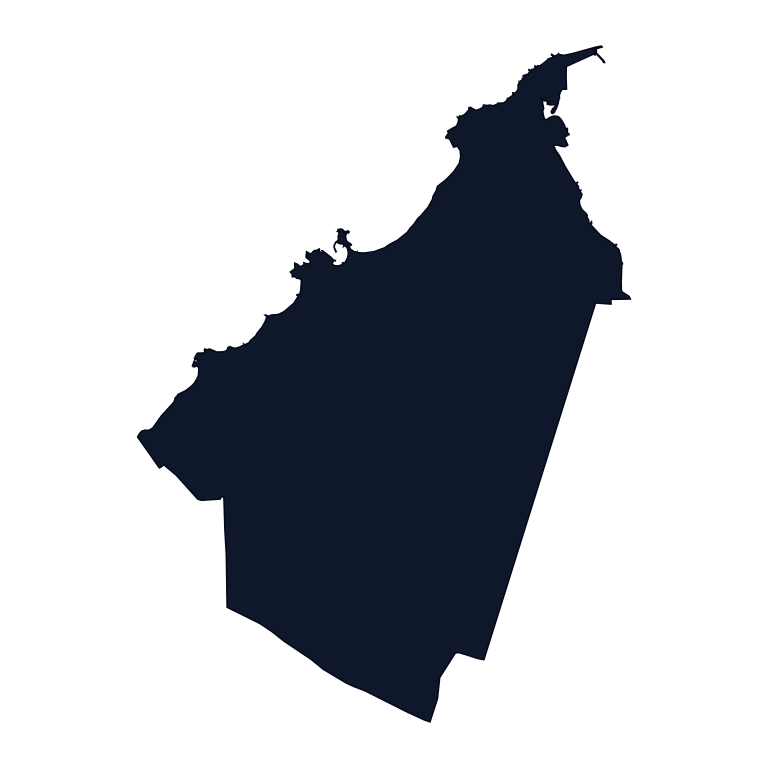 outline of Muntazah, Al Iskandariyah, Egypt
{"feature_id": "37247803B90463856595624", "entity_name": "Muntazah", "entity_type": "district", "adm_level": 2, "iso_a3": "EGY", "parent_name": "Egypt", "parent_adm1": "Al Iskandariyah", "projection": "orthographic", "projection_center": [30.035, 31.264], "detail": "fine", "context": "isolated", "style": "filled", "palette": "ink", "viewbox_px": 768, "rotation_deg": 0, "n_neighbors": 0, "source": "geoboundaries", "source_scale": "gbopen_adm2", "svg_char_len": 6037}
<svg xmlns="http://www.w3.org/2000/svg" viewBox="0 0 768 768"><path d="M227.1,607.3L260.2,623.7L271.5,631.3L284.6,641.6L310.6,659.0L323.4,669.4L346.3,683.1L354.2,686.7L364.5,690.6L408.1,712.5L424.2,719.9L430.0,721.9L437.5,698.6L439.7,677.6L454.9,653.7L456.2,652.7L459.3,652.7L478.5,658.7L483.9,659.7L595.6,303.0L611.1,304.1L610.8,299.4L630.4,299.0L629.1,296.4L622.3,292.0L621.4,290.5L621.2,282.3L621.8,265.2L622.6,263.6L621.2,261.0L620.7,255.7L618.8,249.4L615.4,246.5L616.6,244.5L616.1,244.3L615.2,246.4L614.1,244.6L609.4,241.2L610.0,240.7L609.3,241.0L600.6,235.3L590.0,224.0L591.6,223.6L591.0,222.8L591.7,221.7L592.2,221.8L591.6,221.4L590.7,222.9L591.0,223.3L589.9,223.8L588.9,223.0L588.8,220.3L586.9,216.8L587.3,215.4L586.4,213.8L582.0,209.6L579.8,205.0L579.3,200.4L581.1,197.3L582.0,194.3L579.8,191.1L581.0,190.4L581.4,190.7L580.9,189.7L580.9,190.3L579.6,190.8L578.2,187.7L578.5,186.5L576.2,183.7L577.7,182.6L577.3,182.2L576.0,183.6L573.9,181.0L565.1,166.5L559.6,155.9L555.2,149.5L554.8,148.3L555.5,148.5L554.8,148.2L553.7,146.2L553.8,145.2L557.4,145.1L561.5,146.4L564.9,146.7L567.8,145.1L564.6,137.9L565.5,136.0L566.7,136.1L566.7,135.0L568.9,134.9L568.9,133.7L567.5,133.7L567.4,128.4L565.7,128.6L564.3,124.9L561.8,120.4L559.3,117.4L557.4,116.4L555.0,116.0L552.8,116.3L549.0,117.9L546.6,119.7L544.8,119.3L543.8,117.0L542.7,111.2L543.7,108.7L541.9,98.9L542.1,97.7L542.7,99.9L544.1,100.9L545.3,100.5L548.4,102.8L547.3,103.3L547.2,104.1L550.3,104.9L555.6,104.8L555.5,106.1L552.7,108.7L551.1,112.0L552.1,113.5L553.3,113.3L554.3,112.3L556.7,107.6L558.1,103.6L558.9,99.1L559.5,98.5L559.3,95.4L560.4,92.1L562.1,89.3L566.5,89.2L566.1,75.5L566.3,66.5L593.8,54.0L595.5,55.5L594.9,54.7L594.9,51.3L593.2,49.3L594.6,48.6L595.4,49.9L595.4,52.4L595.9,53.5L603.2,61.2L603.4,62.4L604.6,62.5L604.2,61.2L596.3,52.8L596.5,48.7L602.2,47.0L601.9,46.4L601.0,46.1L595.4,47.2L573.0,53.4L564.1,55.3L559.4,54.6L558.5,53.6L557.6,54.9L554.5,56.0L551.7,54.3L551.5,55.1L552.4,55.3L553.0,56.4L552.4,57.4L547.7,59.2L547.7,59.8L542.1,64.3L539.7,65.9L537.5,65.7L536.8,66.7L535.7,66.6L535.1,65.9L534.7,66.9L535.6,67.4L535.0,67.5L535.4,68.5L534.9,68.9L532.2,69.2L530.9,70.4L528.9,69.6L528.7,70.0L529.3,70.4L530.8,70.7L530.2,72.4L529.0,72.3L529.1,73.0L527.8,74.6L527.0,74.2L526.2,75.1L526.1,74.4L525.7,75.5L524.5,75.5L524.9,75.3L524.5,75.0L523.2,75.9L524.0,76.1L524.3,77.4L523.7,77.7L523.8,78.2L523.0,78.0L523.2,78.7L522.3,79.0L522.5,79.5L519.9,81.6L519.2,81.4L519.4,82.2L518.1,84.8L518.4,85.7L517.9,86.1L518.3,86.7L518.0,89.0L516.8,91.5L514.6,93.1L512.8,92.8L513.1,94.4L512.0,95.9L508.5,98.3L507.3,98.5L507.0,100.3L504.4,102.5L502.3,103.4L501.6,103.1L502.4,102.7L500.7,103.3L498.1,103.0L496.5,104.5L493.2,105.7L489.4,105.0L488.1,105.5L483.6,105.0L482.6,107.4L480.3,108.9L475.9,110.4L470.5,107.4L469.1,108.4L469.2,107.7L468.7,108.0L469.0,109.8L464.6,114.5L461.2,116.3L459.7,115.8L458.4,117.5L457.4,117.0L457.5,117.7L458.6,118.1L458.7,118.7L458.3,121.8L456.9,125.3L455.2,127.1L454.0,127.3L447.6,131.2L448.5,132.6L448.0,133.6L448.2,134.4L447.1,135.0L445.7,137.3L446.0,138.1L446.9,138.0L446.8,137.3L447.3,137.3L448.0,138.1L447.4,138.1L447.6,138.4L448.2,138.2L449.9,139.5L453.6,147.2L457.4,146.2L460.2,150.6L460.7,156.6L459.3,163.3L454.1,171.2L450.0,175.6L445.4,180.2L437.4,186.4L436.2,190.7L433.0,196.4L432.5,199.2L427.9,207.5L420.6,216.0L418.1,218.1L413.7,224.5L410.4,227.8L407.4,232.2L397.6,240.1L389.2,244.6L384.6,247.8L373.8,251.7L364.2,253.0L357.5,252.7L357.2,251.7L356.8,252.2L354.1,251.6L350.5,249.3L349.4,246.7L349.8,245.6L351.0,244.9L351.8,245.5L350.7,243.9L350.2,244.5L350.3,243.8L347.3,241.7L346.2,240.4L345.5,236.0L346.6,232.9L347.8,232.7L348.5,233.7L348.2,232.9L349.1,232.2L349.1,231.6L348.1,230.9L345.3,231.6L344.7,232.4L345.4,232.9L344.7,233.6L342.9,231.8L342.7,230.8L344.0,231.1L342.4,229.3L339.9,229.0L339.3,229.7L337.9,229.6L338.0,231.0L338.9,231.8L338.1,231.8L339.3,232.5L338.0,237.0L338.6,239.1L336.7,241.8L335.9,241.9L334.0,245.9L334.1,247.5L335.8,251.9L336.3,251.7L334.2,247.3L334.2,245.9L336.0,242.1L336.7,242.0L339.2,243.5L343.2,244.1L344.0,245.4L343.7,246.4L345.1,245.3L347.6,248.7L348.4,253.3L347.6,257.8L345.3,262.0L343.7,263.6L343.1,262.6L342.5,263.0L343.1,263.7L341.5,264.9L338.4,265.9L334.8,265.7L332.7,264.5L332.3,263.4L333.7,260.5L335.3,260.9L335.4,260.4L333.8,260.3L330.7,257.1L322.5,250.6L322.0,250.7L323.1,252.0L322.4,252.7L320.8,252.5L318.7,250.7L319.6,249.9L319.2,248.9L317.1,250.2L314.4,250.6L312.8,251.8L312.2,253.4L311.6,253.1L310.1,253.9L306.1,251.3L306.7,252.4L306.1,254.6L306.4,255.2L306.7,254.3L307.3,255.1L308.1,254.7L308.3,255.6L307.7,256.0L307.5,255.3L306.5,255.9L306.2,255.1L306.0,257.0L306.9,258.2L309.8,260.2L310.3,262.1L309.9,263.2L309.4,263.7L306.7,263.7L303.8,262.8L304.1,264.1L302.6,265.7L300.4,266.4L299.3,266.3L297.9,264.5L294.7,263.1L294.9,268.6L290.3,272.0L292.2,274.2L292.3,276.8L295.1,276.7L296.9,278.4L298.5,278.4L301.0,279.5L301.4,281.9L300.6,291.0L299.7,294.1L297.0,294.7L296.8,295.1L298.0,295.7L298.2,296.3L293.8,303.3L284.2,311.5L279.5,314.0L275.8,314.8L271.7,314.9L268.5,316.2L266.0,315.0L265.1,315.1L266.7,316.5L266.5,317.8L265.0,321.9L262.1,327.0L257.2,333.1L255.6,336.0L250.6,340.3L248.9,342.9L246.6,343.8L245.3,345.0L243.6,343.9L243.7,345.1L239.2,347.2L235.8,348.2L233.4,348.0L230.3,346.8L229.1,347.5L228.9,346.9L228.0,348.0L227.6,347.2L227.8,348.7L226.3,350.9L223.1,351.8L216.8,352.0L209.6,349.0L206.4,349.8L205.0,348.8L204.3,350.2L204.8,351.8L204.0,353.0L198.5,353.0L197.2,353.4L195.1,356.8L195.2,358.0L194.5,358.3L195.0,358.8L194.8,359.6L196.8,359.5L198.3,360.3L197.4,360.4L196.8,362.6L194.9,362.5L194.8,361.3L194.1,361.3L192.4,366.0L193.8,367.0L197.1,365.9L198.2,367.1L198.8,369.0L198.5,374.9L196.9,378.9L194.2,383.2L191.2,386.4L185.4,390.8L177.8,394.5L177.0,396.3L175.2,397.7L174.7,400.1L173.4,402.7L161.4,415.8L152.7,428.1L148.6,430.4L145.1,430.1L141.7,431.2L139.7,433.3L137.6,437.0L159.3,467.9L161.9,466.5L163.7,464.7L176.2,475.2L197.9,499.3L201.7,500.3L220.2,499.1L221.2,497.0L222.5,496.6L223.9,497.9L224.9,530.3L226.3,554.7L227.1,607.3Z" fill="#0f172a" stroke="#020617" stroke-width="1.5"/></svg>